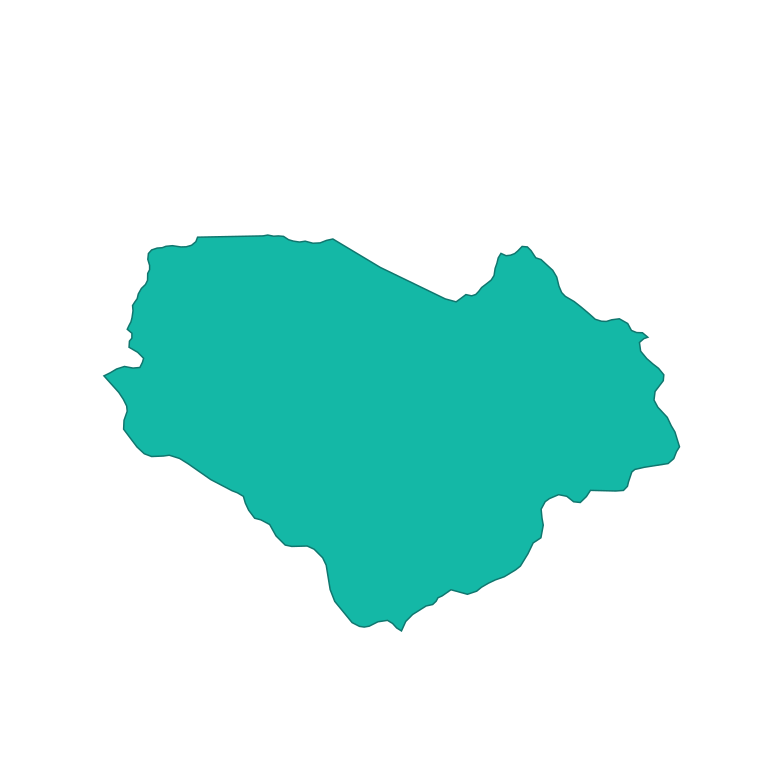 outline of Inaciolândia, Goiás, Brazil, rotated 314°
{"feature_id": "56859067B27733338584943", "entity_name": "Inaciolândia", "entity_type": "district", "adm_level": 2, "iso_a3": "BRA", "parent_name": "Brazil", "parent_adm1": "Goiás", "projection": "equal_earth", "projection_center": [-49.906, -18.499], "detail": "fine", "context": "isolated", "style": "filled", "palette": "teal", "viewbox_px": 768, "rotation_deg": 314, "n_neighbors": 0, "source": "geoboundaries", "source_scale": "gbopen_adm2", "svg_char_len": 2487}
<svg xmlns="http://www.w3.org/2000/svg" viewBox="0 0 768 768"><g transform="rotate(314 384 384)"><path d="M531.6,644.3L538.5,641.4L544.1,640.2L551.6,626.6L553.5,619.6L556.8,610.9L557.5,597.2L560.0,589.4L566.9,584.2L580.4,582.6L585.0,578.9L586.0,570.6L585.2,563.5L584.8,555.4L585.9,545.8L591.3,538.9L597.1,539.4L600.9,541.3L600.4,534.3L596.5,530.0L594.4,524.8L596.8,517.3L594.4,508.0L588.4,503.2L583.5,500.5L580.2,496.8L577.3,491.0L577.0,482.8L576.3,472.4L575.4,463.5L573.0,453.6L573.2,448.3L575.9,441.9L580.9,434.0L583.0,426.4L582.8,418.4L582.6,410.5L580.2,405.5L582.1,397.1L582.2,391.9L578.9,387.8L572.6,387.8L568.6,387.4L564.5,385.5L561.1,382.7L559.2,377.4L554.0,378.6L549.4,381.3L544.4,383.6L538.5,387.8L533.2,388.9L527.1,388.1L521.2,387.2L516.3,387.8L512.1,387.8L508.3,385.8L505.2,380.8L499.5,379.9L493.2,378.8L487.8,369.0L465.3,300.4L452.8,246.5L447.4,242.9L441.1,240.0L435.9,235.1L432.0,228.1L427.4,224.6L423.8,219.5L421.5,215.1L420.4,209.2L417.2,205.2L413.7,202.0L410.4,196.9L406.5,194.1L360.1,147.9L355.7,149.8L350.1,149.2L345.3,146.4L341.5,142.7L336.5,135.7L331.6,131.5L328.0,129.8L324.2,126.4L319.0,123.7L314.2,123.9L309.6,127.5L306.5,133.0L303.4,136.0L299.4,137.2L294.3,141.9L289.9,143.3L284.2,143.1L278.1,144.7L273.9,147.2L269.8,147.8L265.8,148.6L262.3,152.6L256.6,156.7L252.9,158.8L249.1,159.9L245.0,161.3L245.4,167.4L241.8,170.8L238.0,171.1L233.3,175.1L235.7,184.8L235.5,193.2L231.7,195.2L226.3,196.9L221.1,192.4L216.3,185.1L209.0,181.2L201.7,179.2L195.3,176.9L193.7,199.1L191.9,207.2L189.4,214.2L186.0,218.2L177.3,222.2L170.6,228.1L167.1,250.1L167.3,260.0L170.4,267.2L179.0,275.4L183.6,279.0L188.4,288.6L190.5,298.3L194.9,325.8L201.7,348.9L203.9,354.1L205.5,360.9L202.0,367.0L199.2,374.3L197.6,384.2L200.7,389.7L203.5,399.4L199.7,411.9L199.5,424.8L203.1,430.5L214.1,441.3L216.6,448.4L216.4,460.6L213.5,468.3L198.7,488.1L193.4,499.6L190.2,526.8L192.6,534.7L195.4,538.6L199.5,541.6L208.7,544.8L216.4,550.7L217.7,556.5L217.3,562.6L218.5,568.1L228.3,564.6L238.1,564.7L253.6,568.5L259.2,572.2L264.0,572.4L267.7,571.3L271.9,573.0L282.5,575.1L290.7,590.1L299.4,594.6L305.5,595.3L313.0,597.4L320.5,600.2L328.9,604.4L341.8,607.8L347.8,608.6L361.8,605.5L373.3,601.7L382.4,603.7L393.1,596.6L397.3,590.8L403.1,584.0L411.3,581.7L416.5,582.6L425.7,586.5L430.2,593.5L431.0,602.2L435.1,607.5L443.6,607.8L450.9,606.4L468.0,625.0L473.8,630.2L479.5,630.2L483.4,627.9L492.8,623.4L496.8,623.8L504.9,629.1L524.1,643.6L531.6,644.3Z" fill="#14b8a6" stroke="#0f766e" stroke-width="1.5"/></g></svg>